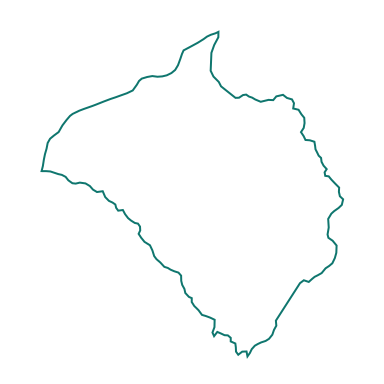 Chiapetta, Rio Grande do Sul, Brazil, rotated 183°
{"feature_id": "56859067B47981400926540", "entity_name": "Chiapetta", "entity_type": "district", "adm_level": 2, "iso_a3": "BRA", "parent_name": "Brazil", "parent_adm1": "Rio Grande do Sul", "projection": "orthographic", "projection_center": [-53.907, -27.983], "detail": "fine", "context": "isolated", "style": "outline", "palette": "teal", "viewbox_px": 384, "rotation_deg": 183, "n_neighbors": 0, "source": "geoboundaries", "source_scale": "gbopen_adm2", "svg_char_len": 2475}
<svg xmlns="http://www.w3.org/2000/svg" viewBox="0 0 384 384"><g transform="rotate(183 192 192)"><path d="M174.0,353.3L176.9,351.7L181.4,350.0L185.1,348.0L188.4,345.3L194.1,341.3L201.3,336.9L207.8,333.0L209.2,329.4L210.6,324.4L212.6,317.9L215.2,313.0L218.8,309.7L223.3,307.2L227.7,305.9L232.5,305.3L237.7,305.7L242.8,304.5L248.1,302.6L250.7,300.1L252.7,296.2L256.5,290.3L262.2,287.2L268.0,284.8L273.2,282.6L278.3,280.6L284.7,277.8L292.1,274.4L296.2,272.6L304.5,269.2L308.8,267.3L315.2,263.8L317.8,261.6L321.1,257.3L324.9,251.7L328.3,244.9L332.9,241.1L336.5,237.8L338.7,233.4L339.5,227.7L340.8,222.1L341.6,216.8L342.3,210.0L343.3,205.0L338.7,205.2L334.5,205.1L330.1,203.9L326.5,202.9L322.9,202.3L319.0,200.5L316.1,197.2L311.9,194.5L308.6,194.3L304.5,195.5L298.8,195.0L294.3,192.6L291.0,189.2L286.9,187.0L281.2,188.1L278.4,182.4L274.5,178.8L270.8,177.3L267.9,175.5L266.9,172.2L264.7,169.5L260.1,170.4L257.7,166.4L254.5,162.6L251.4,160.3L247.5,158.1L244.3,157.6L242.1,154.7L241.7,150.9L243.1,147.4L240.4,143.7L236.8,139.7L231.2,136.6L228.5,131.6L226.4,126.0L223.9,123.0L220.0,120.0L215.7,115.8L212.2,114.9L209.3,113.3L205.5,111.9L201.3,110.8L198.5,107.9L198.1,102.7L196.9,98.7L194.5,94.8L193.4,90.8L189.6,87.1L186.7,86.0L186.5,82.1L183.8,78.3L179.4,74.4L175.6,69.8L171.8,68.9L167.3,67.5L162.7,65.6L162.5,58.2L164.2,52.7L162.4,49.2L159.4,53.6L155.4,52.1L152.0,50.7L148.7,50.7L145.7,48.4L145.5,44.8L140.8,43.0L140.1,39.2L139.7,34.9L137.3,31.9L133.5,35.2L129.2,35.6L128.0,30.7L125.8,34.2L124.1,38.2L121.2,41.8L118.4,43.6L115.1,45.4L110.7,47.1L107.4,49.4L104.3,53.7L102.9,58.6L100.8,62.9L101.5,67.9L79.4,106.6L75.7,109.7L70.7,108.3L67.6,111.4L65.1,113.7L62.1,115.4L58.3,117.8L54.6,122.8L51.2,125.3L48.1,128.2L45.9,133.5L44.7,138.8L44.8,146.1L49.0,150.7L53.4,153.4L54.4,156.7L53.6,163.7L54.6,172.2L51.7,177.7L49.0,180.4L44.8,183.7L41.7,187.0L40.7,192.6L44.1,195.5L45.3,199.8L45.3,204.1L49.6,208.0L53.5,211.7L56.3,214.8L59.8,215.1L60.6,218.6L58.7,221.9L62.0,225.2L64.2,228.9L64.9,232.8L67.4,234.9L69.1,238.0L70.9,241.1L71.5,244.6L72.4,248.6L77.0,249.8L81.4,249.9L83.4,253.6L86.3,257.5L83.8,261.8L83.2,266.7L83.8,272.0L86.8,275.3L89.9,279.7L95.3,280.7L94.8,286.0L97.0,289.7L102.1,290.9L106.2,293.8L112.8,291.9L115.7,288.0L120.4,288.0L128.1,285.7L133.7,287.7L136.9,289.4L140.1,290.3L143.0,292.1L146.1,291.5L150.0,288.6L153.5,288.3L168.5,299.0L171.0,303.3L176.6,308.4L179.7,314.0L179.9,332.0L177.5,340.0L173.8,347.9L174.0,353.3Z" fill="none" stroke="#0f766e" stroke-width="2"/></g></svg>